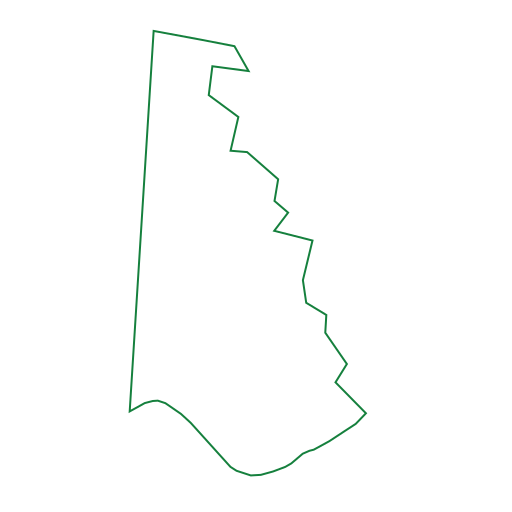 outline of Ohio, Indiana, United States of America, rotated 93°
{"feature_id": "52423323B39120505326627", "entity_name": "Ohio", "entity_type": "district", "adm_level": 2, "iso_a3": "USA", "parent_name": "United States of America", "parent_adm1": "Indiana", "projection": "mercator", "projection_center": [-84.946, 38.966], "detail": "fine", "context": "isolated", "style": "outline", "palette": "green", "viewbox_px": 512, "rotation_deg": 93, "n_neighbors": 0, "source": "geoboundaries", "source_scale": "gbopen_adm2", "svg_char_len": 662}
<svg xmlns="http://www.w3.org/2000/svg" viewBox="0 0 512 512"><g transform="rotate(93 256 256)"><path d="M42.9,322.1L36.6,370.0L417.8,374.0L408.7,359.4L406.2,351.5L405.6,346.5L407.7,338.8L417.6,322.7L426.1,312.4L467.9,270.5L471.5,264.2L475.4,249.7L474.3,239.7L470.3,227.7L465.1,215.8L461.3,209.9L451.0,199.0L447.7,192.4L446.4,188.2L437.1,173.1L426.2,158.3L418.4,147.6L407.3,138.0L378.0,170.0L359.1,159.6L329.0,182.8L311.2,182.7L300.1,203.4L277.7,207.9L237.6,200.4L229.9,239.1L211.0,226.2L200.1,240.4L178.2,237.9L152.7,270.3L152.2,286.9L118.1,280.9L97.8,311.6L68.8,309.5L71.7,273.1L47.6,288.5L42.9,322.1Z" fill="none" stroke="#15803d" stroke-width="2"/></g></svg>